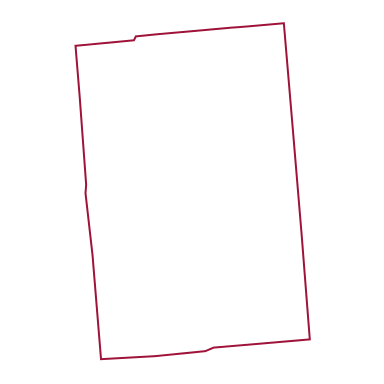 Carlton, Minnesota, United States of America (orthographic projection), rotated 265°
{"feature_id": "52423323B32701747580552", "entity_name": "Carlton", "entity_type": "district", "adm_level": 2, "iso_a3": "USA", "parent_name": "United States of America", "parent_adm1": "Minnesota", "projection": "orthographic", "projection_center": [-92.563, 46.593], "detail": "fine", "context": "isolated", "style": "outline", "palette": "rose", "viewbox_px": 384, "rotation_deg": 265, "n_neighbors": 0, "source": "geoboundaries", "source_scale": "gbopen_adm2", "svg_char_len": 441}
<svg xmlns="http://www.w3.org/2000/svg" viewBox="0 0 384 384"><g transform="rotate(265 192 192)"><path d="M33.4,86.8L31.7,140.4L32.3,191.4L35.1,200.0L34.9,296.5L139.6,297.5L243.7,297.9L352.1,298.2L352.1,296.0L352.1,289.3L352.1,261.1L352.2,250.9L352.3,245.8L352.2,185.0L352.2,172.8L351.9,149.6L348.2,147.4L348.1,133.8L347.8,88.7L295.3,88.4L208.5,87.2L200.1,85.8L138.0,87.4L33.4,86.8Z" fill="none" stroke="#9f1239" stroke-width="2"/></g></svg>